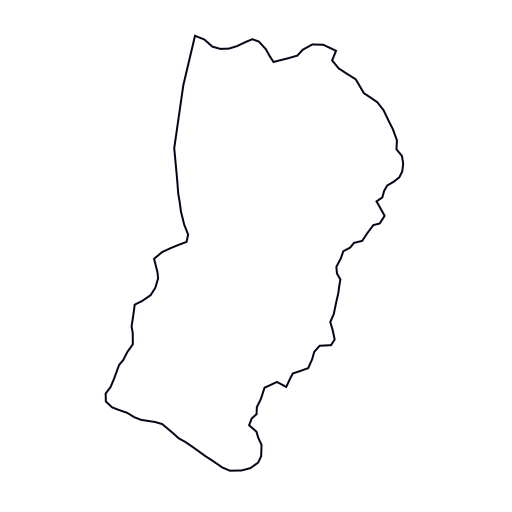 Cajobi, São Paulo, Brazil, rotated 274°
{"feature_id": "56859067B15563868354726", "entity_name": "Cajobi", "entity_type": "district", "adm_level": 2, "iso_a3": "BRA", "parent_name": "Brazil", "parent_adm1": "São Paulo", "projection": "mercator", "projection_center": [-48.85, -20.875], "detail": "fine", "context": "isolated", "style": "outline", "palette": "ink", "viewbox_px": 512, "rotation_deg": 274, "n_neighbors": 0, "source": "geoboundaries", "source_scale": "gbopen_adm2", "svg_char_len": 1700}
<svg xmlns="http://www.w3.org/2000/svg" viewBox="0 0 512 512"><g transform="rotate(274 256 256)"><path d="M159.3,139.3L151.4,134.4L143.1,130.9L137.7,127.0L123.8,123.0L115.2,120.1L108.3,115.6L100.3,116.4L95.0,123.0L93.0,129.4L90.5,138.6L86.7,145.8L84.5,152.9L83.4,166.7L81.8,174.1L73.4,185.7L68.8,191.5L65.5,198.6L60.5,207.1L55.9,214.5L52.6,219.8L49.0,226.5L42.7,237.1L40.0,245.0L41.0,256.3L44.0,265.2L50.1,272.6L56.6,275.1L67.9,274.7L75.1,270.8L80.8,268.7L86.7,260.9L93.7,263.1L98.3,267.6L105.3,267.4L113.6,270.8L125.2,273.7L131.8,285.7L127.5,295.3L135.1,298.2L141.4,300.9L144.0,307.3L147.8,315.9L156.9,319.2L164.5,320.8L170.9,325.8L172.3,337.1L178.2,340.3L186.9,337.8L195.4,334.7L203.3,337.6L210.0,338.5L216.6,339.4L224.6,340.7L231.2,341.1L238.5,341.8L244.2,338.0L250.8,336.9L259.3,340.7L266.9,342.8L270.9,349.3L275.9,352.8L278.5,360.9L286.8,365.6L295.0,370.9L297.1,377.2L305.1,381.5L312.3,376.8L318.9,372.4L323.2,377.9L329.9,379.3L335.4,381.9L339.8,388.3L344.5,393.5L350.7,396.0L358.4,396.4L366.0,394.6L372.2,388.7L381.3,388.5L392.2,383.6L399.2,379.4L410.3,373.1L417.9,366.2L421.7,359.8L425.9,352.3L439.2,343.2L444.1,334.0L448.9,325.4L456.4,318.3L466.3,321.5L471.4,308.4L471.0,297.5L465.0,288.2L458.8,283.3L455.4,274.0L450.8,259.9L456.1,255.9L463.1,251.3L470.1,243.9L472.0,237.3L469.0,231.2L464.0,222.3L461.0,214.5L460.1,206.0L461.8,197.9L468.4,189.3L471.4,179.8L421.4,171.6L357.8,166.9L329.3,171.6L312.7,174.1L304.1,176.2L295.2,178.0L282.5,182.1L272.6,186.8L265.2,185.7L261.7,178.0L258.0,170.5L253.4,162.1L246.1,154.5L233.1,158.8L226.9,159.9L217.3,157.8L209.6,153.6L203.3,145.7L199.0,138.4L188.0,137.7L177.2,136.8L170.6,138.4L159.3,139.3Z" fill="none" stroke="#020617" stroke-width="2"/></g></svg>